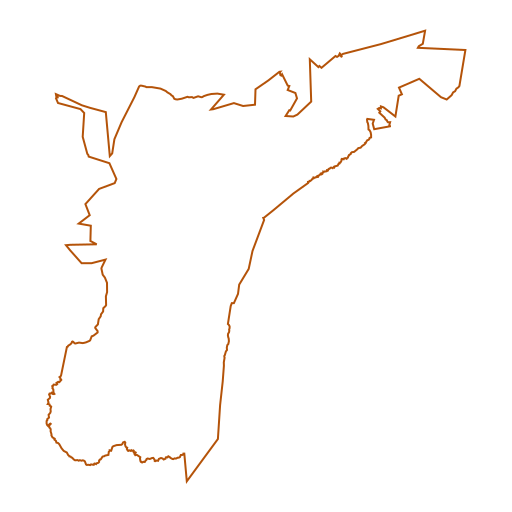 the district of Súchil, Durango, Mexico
{"feature_id": "50627088B52283797196470", "entity_name": "Súchil", "entity_type": "district", "adm_level": 2, "iso_a3": "MEX", "parent_name": "Mexico", "parent_adm1": "Durango", "projection": "orthographic", "projection_center": [-104.169, 23.415], "detail": "fine", "context": "isolated", "style": "outline", "palette": "amber", "viewbox_px": 512, "rotation_deg": 0, "n_neighbors": 0, "source": "geoboundaries", "source_scale": "gbopen_adm2", "svg_char_len": 5883}
<svg xmlns="http://www.w3.org/2000/svg" viewBox="0 0 512 512"><path d="M223.9,94.7L217.4,93.6L211.3,94.0L207.4,94.9L203.9,96.1L202.2,97.1L201.3,97.2L198.1,96.3L193.5,97.9L192.0,97.1L188.9,97.3L187.5,96.8L181.8,98.7L177.3,99.5L175.7,99.3L174.3,98.8L172.9,96.2L171.4,95.3L170.5,94.2L167.3,92.3L165.8,91.0L160.5,88.6L151.7,87.1L146.3,87.1L145.5,86.6L141.7,85.7L140.6,85.6L140.0,85.8L139.1,86.5L134.4,97.1L121.6,122.2L114.4,139.2L112.2,153.4L109.8,156.1L105.8,112.1L89.9,107.8L81.9,105.3L62.1,96.0L60.0,95.9L55.9,94.1L56.4,96.9L56.7,96.9L56.8,95.9L57.6,96.0L57.7,97.4L56.5,97.6L56.0,98.3L58.0,103.0L80.5,109.1L84.2,113.0L82.7,136.8L87.3,153.8L88.3,155.0L88.7,156.6L109.4,163.2L116.4,179.0L114.7,183.1L99.1,188.9L85.4,204.1L89.7,215.2L78.7,223.6L90.8,225.7L90.4,241.0L96.7,244.3L70.2,244.8L66.0,245.2L70.2,250.4L81.6,263.2L91.6,263.2L105.5,259.6L101.7,267.4L101.4,268.5L102.7,274.7L104.9,277.6L107.0,282.8L107.1,292.1L105.9,296.3L106.1,305.1L105.5,306.1L103.3,308.2L103.1,311.5L101.0,314.3L100.7,316.3L98.7,319.2L97.9,324.4L95.5,326.9L95.2,327.5L95.3,328.1L97.6,331.1L97.6,332.5L93.4,335.7L91.7,336.3L90.1,340.4L89.2,341.0L85.9,342.4L83.9,342.9L82.6,343.1L79.0,342.6L75.4,343.5L74.6,343.3L73.2,341.8L72.5,341.5L72.0,341.8L71.6,343.0L70.4,344.3L68.2,345.7L67.7,346.7L66.9,347.0L61.1,375.3L60.6,376.3L59.5,377.1L60.4,378.2L60.4,379.3L61.2,379.6L61.3,379.9L59.4,382.1L59.0,382.3L58.2,381.8L56.5,382.9L57.2,384.1L56.4,384.8L53.6,384.6L53.0,385.7L52.3,386.0L52.3,386.5L52.7,387.0L52.4,388.2L53.3,389.4L53.5,392.6L54.4,393.9L54.0,394.1L52.9,394.0L52.1,392.6L51.7,392.6L51.0,393.5L49.6,393.5L49.1,394.5L50.1,396.8L49.9,398.0L47.8,399.8L48.5,402.5L47.8,404.0L48.7,404.0L49.6,404.5L49.7,405.7L50.8,406.2L51.2,406.7L50.5,409.0L50.7,411.4L50.3,412.8L48.6,414.8L49.0,417.6L47.2,419.2L47.3,420.2L46.6,421.0L46.6,423.6L47.2,425.1L47.9,425.8L49.9,423.8L50.4,423.6L50.7,423.9L49.5,425.1L49.1,426.8L49.3,427.5L50.4,428.5L50.7,429.6L50.6,431.3L51.5,434.3L51.4,435.4L52.5,437.4L54.7,438.7L54.4,439.6L55.9,440.8L56.4,442.6L58.0,443.0L59.2,444.1L61.5,448.2L63.7,450.9L66.8,452.5L68.2,455.1L69.3,456.0L69.4,456.4L70.6,456.6L71.4,457.5L72.2,457.7L73.7,459.4L75.1,460.3L77.6,460.1L78.7,460.7L79.8,460.2L81.6,460.7L82.8,460.3L84.0,460.7L84.9,461.4L86.0,464.4L86.6,464.9L88.6,464.8L90.2,465.1L91.0,464.4L93.5,464.8L93.8,464.8L94.2,463.7L94.7,463.5L96.1,464.1L96.6,463.3L98.1,462.9L98.8,462.4L99.1,461.9L99.1,460.5L99.5,460.3L99.8,459.6L100.8,459.3L102.5,456.7L103.1,456.4L104.1,456.3L105.1,455.6L108.4,454.9L108.8,451.8L109.7,451.0L109.7,450.3L111.2,450.7L112.4,447.0L113.3,446.2L116.6,445.1L121.3,444.8L122.3,444.1L123.1,442.4L124.7,441.8L125.3,442.6L125.0,444.4L125.5,446.3L126.0,447.0L127.2,447.7L126.8,448.9L127.8,450.7L128.4,450.9L129.1,450.3L130.7,450.9L131.3,450.2L132.1,450.8L133.4,450.4L133.8,450.8L133.6,452.1L133.8,452.4L135.5,452.3L135.7,452.5L134.5,454.0L135.3,455.2L136.4,454.8L137.0,455.0L140.3,457.2L140.0,458.5L140.4,460.9L140.8,461.8L141.4,461.8L142.1,462.5L143.4,461.8L144.4,462.0L145.0,461.8L145.5,460.6L146.4,459.9L146.6,459.0L147.6,458.5L149.8,459.0L152.1,458.0L153.3,457.9L154.7,459.9L154.7,461.0L155.1,461.2L156.9,460.5L158.1,460.8L158.9,458.9L161.0,458.0L162.6,458.5L163.7,459.5L165.5,458.7L165.8,457.4L166.4,457.2L167.5,457.4L168.3,456.3L169.9,457.2L170.3,457.8L172.5,459.0L173.3,459.1L174.5,458.4L175.9,458.6L177.7,457.7L178.7,457.7L179.9,457.1L180.8,455.0L182.5,454.9L183.2,454.5L183.4,453.6L184.3,453.6L186.8,481.3L217.9,439.0L220.1,405.1L222.7,381.6L223.9,365.8L223.8,362.3L224.6,357.7L224.3,356.8L224.4,355.7L224.8,355.2L225.9,351.4L227.0,350.0L226.8,347.7L227.3,345.1L228.3,344.0L228.9,341.2L228.7,338.6L228.2,337.1L227.9,335.3L228.1,333.7L229.0,332.3L229.3,330.8L229.1,329.7L229.6,328.0L229.6,326.3L228.8,324.8L227.9,324.0L230.7,306.1L231.8,303.1L233.9,303.1L238.0,293.9L239.2,284.6L248.7,268.9L252.5,251.0L264.1,220.0L263.3,217.9L263.9,217.8L273.4,210.2L293.4,193.5L308.1,183.0L308.0,181.9L309.2,181.7L309.7,181.3L309.7,180.9L310.4,180.9L311.6,179.9L312.6,178.5L313.3,178.5L313.5,177.5L314.3,177.9L315.2,177.4L315.7,177.5L316.9,176.4L317.3,177.0L317.9,176.9L317.8,176.4L318.0,175.9L318.6,175.9L319.7,174.6L320.7,174.6L320.8,173.7L322.0,174.1L322.3,173.9L322.3,172.8L323.2,172.5L323.3,171.7L323.8,172.0L324.7,171.4L325.7,171.5L326.7,171.2L326.9,170.1L327.4,170.1L327.5,170.7L327.9,170.6L328.5,169.1L328.9,168.8L329.5,168.8L330.6,167.7L331.4,167.6L332.7,168.2L333.8,167.0L334.3,167.4L334.7,166.4L337.7,165.6L338.5,163.9L339.3,163.7L339.4,162.7L340.3,162.7L341.2,161.3L341.7,159.7L341.5,159.3L341.8,158.9L343.7,159.3L343.9,158.9L343.8,158.6L345.3,158.1L346.6,158.8L347.0,158.1L347.9,157.6L348.2,156.4L349.3,155.1L349.2,154.9L350.8,153.9L350.9,153.1L351.9,152.2L354.1,151.9L357.4,149.2L358.3,148.1L360.6,147.7L362.1,146.0L364.6,144.3L365.6,143.1L365.3,142.8L365.9,142.4L367.2,140.3L368.6,139.8L369.4,138.8L369.4,138.2L369.8,137.8L371.1,137.4L371.1,134.9L370.6,132.2L369.6,130.3L368.5,129.5L368.4,126.0L367.9,123.2L367.3,122.1L367.1,120.4L367.0,119.6L367.3,118.9L374.0,119.8L372.7,123.6L374.2,129.2L390.0,126.3L390.0,126.0L389.3,125.2L390.1,122.2L388.1,122.3L387.3,121.5L386.9,120.3L385.6,119.5L384.6,117.6L379.3,112.7L380.3,111.3L377.8,108.9L379.2,108.0L380.9,108.4L380.9,106.4L383.5,107.3L395.4,116.5L398.7,95.7L401.9,94.3L399.0,87.6L419.3,78.8L441.0,97.2L446.7,99.5L451.6,95.2L453.1,92.4L455.1,91.2L456.4,88.7L458.4,87.3L459.4,86.0L465.4,50.0L417.9,47.8L418.8,46.2L422.8,43.8L425.1,30.7L380.9,44.1L343.0,53.9L341.2,55.0L341.9,57.2L340.7,55.9L340.1,53.7L339.8,53.4L338.6,55.9L337.0,56.9L335.5,56.0L321.5,67.8L319.4,66.0L318.4,67.1L309.8,59.3L311.2,101.6L297.4,114.6L293.3,116.5L285.6,116.0L289.3,110.2L290.2,110.5L297.0,98.4L295.4,93.0L287.7,90.0L289.3,86.0L287.7,85.6L282.1,74.3L281.3,75.6L280.4,75.1L279.8,72.3L280.3,71.7L279.4,71.8L268.4,80.4L255.5,89.3L255.0,104.7L243.1,106.0L233.9,103.1L213.3,109.2L211.0,109.5L223.9,94.7Z" fill="none" stroke="#b45309" stroke-width="2"/></svg>